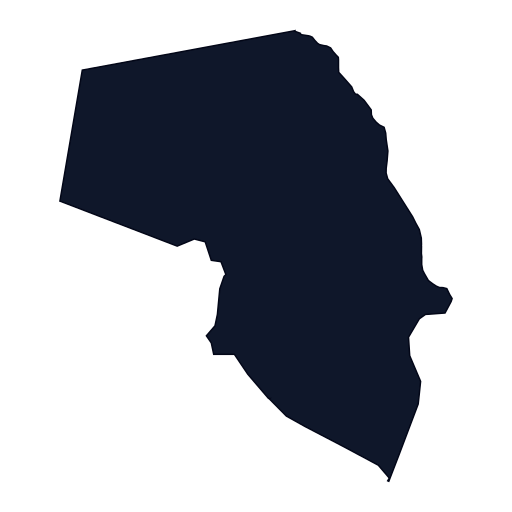 outline of Descolons, Soufrière, Saint Lucia
{"feature_id": "8701671B18221439700807", "entity_name": "Descolons", "entity_type": "district", "adm_level": 2, "iso_a3": "LCA", "parent_name": "Saint Lucia", "parent_adm1": "Soufrière", "projection": "natural_earth1", "projection_center": [-61.022, 13.861], "detail": "fine", "context": "isolated", "style": "filled", "palette": "ink", "viewbox_px": 512, "rotation_deg": 0, "n_neighbors": 0, "source": "geoboundaries", "source_scale": "gbopen_adm2", "svg_char_len": 1514}
<svg xmlns="http://www.w3.org/2000/svg" viewBox="0 0 512 512"><path d="M294.8,30.7L293.8,30.9L187.1,50.7L82.3,70.1L59.9,201.1L177.2,246.1L194.3,239.0L196.6,239.6L205.2,241.8L211.3,260.3L221.0,261.7L225.9,274.6L224.1,276.3L219.8,288.8L217.4,314.4L215.0,325.8L206.4,335.8L211.3,342.9L213.7,354.3L234.4,354.3L247.8,374.2L265.5,394.9L268.5,398.4L269.0,398.5L269.5,398.5L269.2,398.7L286.4,416.1L305.4,426.7L343.4,446.5L378.3,465.2L388.9,477.6L389.3,478.1L387.7,480.8L388.3,481.1L388.8,481.3L398.9,455.1L418.2,404.0L419.4,392.8L420.6,381.4L413.9,365.6L409.7,355.7L408.5,337.2L419.4,318.7L419.6,318.6L425.5,314.4L429.0,314.2L445.0,313.0L446.3,310.6L451.1,301.6L451.7,299.8L452.1,298.5L449.7,294.6L446.8,288.6L442.9,287.6L439.4,287.5L436.9,286.4L436.0,286.0L435.8,285.8L433.0,284.0L429.9,281.7L428.3,280.4L424.5,273.8L422.7,270.3L422.3,268.0L421.7,264.5L421.7,258.8L421.8,257.0L421.4,253.6L421.5,246.2L421.4,245.6L421.5,244.2L421.3,238.1L419.3,229.5L415.7,223.0L412.7,216.9L394.3,187.8L387.7,178.8L386.1,173.0L386.2,168.3L387.1,160.9L387.9,151.0L386.2,139.5L385.7,133.1L384.1,127.3L379.4,125.0L376.1,122.1L372.8,118.2L371.4,114.7L371.2,109.9L364.1,100.3L357.4,94.3L355.5,94.2L353.6,91.7L351.7,86.9L343.7,77.8L338.7,72.3L338.5,67.5L338.5,65.9L338.5,65.6L338.5,61.7L338.5,59.8L338.3,57.3L335.8,54.7L333.0,51.5L330.6,47.9L326.7,46.0L323.9,45.6L319.5,44.6L317.5,43.3L314.8,40.4L312.3,37.2L310.1,36.2L308.7,35.8L302.0,34.8L300.5,34.2L300.4,33.3L294.6,31.2L294.8,30.7Z" fill="#0f172a" stroke="#020617" stroke-width="1.5"/></svg>